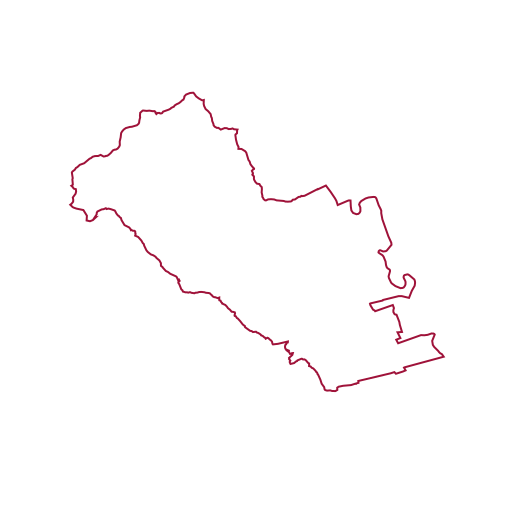 outline of Saulesti, Gorj, Romania, rotated 329°
{"feature_id": "2599482B57041086191744", "entity_name": "Saulesti", "entity_type": "district", "adm_level": 2, "iso_a3": "ROU", "parent_name": "Romania", "parent_adm1": "Gorj", "projection": "mercator", "projection_center": [23.467, 44.815], "detail": "fine", "context": "isolated", "style": "outline", "palette": "rose", "viewbox_px": 512, "rotation_deg": 329, "n_neighbors": 0, "source": "geoboundaries", "source_scale": "gbopen_adm2", "svg_char_len": 6086}
<svg xmlns="http://www.w3.org/2000/svg" viewBox="0 0 512 512"><g transform="rotate(329 256 256)"><path d="M363.4,432.6L363.3,431.3L361.9,425.7L361.8,423.3L363.3,419.5L368.7,415.4L368.7,414.7L368.1,413.8L366.5,412.8L362.6,412.0L361.2,411.4L359.4,410.6L356.7,408.8L332.9,404.0L333.1,400.0L337.5,400.7L338.0,394.3L342.0,396.3L343.8,389.2L344.9,386.3L346.2,378.7L345.1,377.7L344.8,377.0L344.9,374.8L345.9,373.1L347.4,371.7L348.0,368.5L329.7,364.7L329.6,363.7L328.7,362.3L328.7,357.2L329.1,355.6L329.5,355.5L341.6,359.4L342.2,359.1L357.7,363.9L360.2,365.4L365.6,370.7L371.6,366.1L376.7,363.2L378.5,361.0L379.1,359.8L379.5,358.5L379.6,357.6L377.7,351.9L377.1,350.5L376.3,349.7L373.6,348.9L372.7,349.0L371.6,350.1L371.3,351.1L371.1,354.1L370.8,355.3L369.6,357.2L368.6,358.1L366.5,359.0L365.3,358.9L363.3,358.0L360.0,353.6L358.3,349.5L358.1,348.4L358.6,343.3L359.2,341.7L362.9,338.2L363.5,337.2L363.5,336.4L362.4,334.2L362.3,332.7L362.8,330.7L364.2,327.5L365.0,322.2L364.8,320.5L363.1,317.0L362.8,316.1L363.0,315.8L363.8,315.0L364.9,314.8L365.5,315.1L367.3,317.6L369.7,318.7L370.9,318.7L377.9,316.2L378.8,314.3L379.6,307.3L383.2,289.7L385.4,283.8L386.7,281.7L387.0,280.0L387.3,275.7L388.8,268.6L388.7,267.5L388.3,266.7L387.0,265.8L382.6,263.8L379.5,263.1L374.6,263.1L372.4,263.8L370.9,265.0L370.4,268.2L368.6,271.3L367.8,271.9L366.7,272.4L365.4,272.6L363.6,271.9L361.4,269.1L361.2,266.1L362.8,262.3L365.6,257.1L364.3,256.2L363.0,255.9L352.3,254.4L353.3,250.1L353.4,247.2L353.0,239.4L352.2,231.6L343.3,230.7L343.3,230.4L328.7,229.4L326.7,228.6L325.8,227.8L324.7,228.1L322.9,227.3L318.5,227.6L316.5,226.7L314.7,227.3L314.0,227.2L311.4,225.9L309.4,224.6L308.1,223.1L302.3,218.9L300.7,216.9L298.1,215.0L295.5,213.7L293.2,213.5L292.5,213.0L291.8,211.1L292.0,209.8L291.9,208.5L292.5,207.7L293.6,204.4L295.5,201.7L296.4,199.9L295.9,197.9L296.0,196.1L294.1,194.5L293.6,192.3L293.7,189.5L294.1,188.5L295.1,187.0L295.2,186.2L294.7,185.0L294.9,184.2L295.6,184.1L296.1,183.3L296.3,180.9L298.2,180.3L299.1,180.4L299.4,180.0L298.8,177.4L298.5,174.5L299.2,171.7L299.0,169.8L300.9,162.4L300.7,160.6L298.7,156.8L296.1,155.1L297.2,153.5L297.4,150.7L298.0,148.6L298.8,145.9L300.6,141.7L301.0,141.3L302.9,141.0L304.6,138.5L305.2,138.1L302.4,136.0L301.6,134.6L300.0,134.2L297.9,133.1L296.8,131.4L295.0,130.2L290.9,129.5L289.8,126.8L288.5,126.1L287.2,123.9L287.0,122.1L287.5,120.9L288.0,117.7L289.2,115.0L289.3,113.6L290.2,111.0L289.6,107.3L288.5,104.1L288.8,100.7L289.5,98.6L291.6,95.4L290.5,95.1L289.9,94.6L288.1,91.4L286.9,88.4L286.6,84.5L286.3,83.7L283.4,82.3L279.2,81.6L276.8,82.3L276.1,83.3L274.3,84.6L273.2,84.5L270.5,85.1L268.4,85.3L266.1,85.0L263.7,85.1L262.6,85.7L259.7,85.4L258.6,85.7L256.6,85.6L250.7,84.4L249.3,85.1L248.6,85.1L247.3,84.5L247.0,83.7L245.3,82.7L243.7,83.0L243.6,81.4L244.0,81.2L244.0,80.7L243.7,79.6L242.1,78.7L239.5,76.5L237.0,75.3L234.1,73.1L233.6,73.0L230.5,73.6L228.7,76.1L228.1,77.5L225.9,79.7L224.4,81.6L223.4,82.2L221.3,82.6L216.2,81.3L214.3,80.4L210.3,79.3L207.7,79.5L205.3,80.3L203.7,81.2L201.1,84.6L198.1,87.7L196.4,90.8L195.1,91.8L192.6,92.7L190.7,92.6L189.5,92.0L187.7,91.8L184.6,92.9L181.4,93.5L179.7,93.4L179.0,92.9L177.9,92.8L176.6,92.2L174.9,89.3L172.3,89.0L169.4,87.4L167.1,86.8L165.0,87.1L163.4,86.9L156.5,88.0L151.9,87.1L148.7,87.8L146.9,87.8L145.2,88.7L142.0,89.1L141.1,89.7L139.0,94.9L138.1,95.7L135.8,100.4L135.3,100.7L133.9,100.7L134.5,102.9L134.4,103.7L134.7,104.7L136.0,105.9L135.0,108.1L133.4,109.7L129.1,111.5L128.3,113.7L127.2,115.3L124.9,116.2L123.2,116.4L124.0,119.6L124.6,120.6L126.5,122.9L131.7,127.7L131.8,134.4L129.1,138.3L131.6,140.7L134.7,141.2L138.4,140.4L137.2,140.0L140.8,138.3L141.7,137.0L143.0,136.2L147.7,136.6L149.6,137.4L151.9,137.7L152.1,138.8L154.0,139.4L155.7,141.1L158.3,144.2L158.4,145.2L158.2,147.6L158.5,150.2L159.0,150.9L159.2,152.6L159.8,153.8L159.2,156.0L159.2,161.8L162.0,166.2L162.3,168.2L162.1,169.5L162.7,169.6L163.4,170.9L164.8,171.8L165.1,172.6L164.9,173.3L164.3,174.1L164.2,175.1L162.9,176.3L164.8,179.0L165.7,183.7L165.6,186.7L166.0,188.0L165.5,189.4L165.0,194.7L165.3,196.8L166.7,200.5L168.4,202.6L169.5,204.9L169.7,206.5L170.9,210.0L170.8,213.2L169.8,214.8L169.5,215.6L170.2,217.3L170.1,217.8L171.0,222.4L172.4,224.5L173.3,227.0L176.9,232.2L177.2,233.2L176.8,236.4L177.8,236.4L177.7,238.0L176.0,238.4L175.6,239.0L175.7,240.7L174.8,246.1L175.3,247.6L175.0,248.8L176.8,250.8L178.4,251.8L179.0,252.5L180.8,253.0L181.7,254.3L184.0,256.2L185.2,256.3L186.9,257.2L188.7,257.6L190.6,258.6L193.1,260.5L194.1,261.7L196.3,263.3L197.2,264.2L197.6,266.0L197.9,266.6L198.1,268.3L199.0,269.8L199.7,270.2L201.5,272.4L203.1,272.7L201.8,274.8L201.8,275.2L202.6,276.0L202.4,277.7L202.8,278.8L202.5,279.3L204.5,282.2L205.0,284.5L205.1,286.3L206.0,288.6L206.4,291.2L207.6,292.1L208.8,293.4L208.5,294.4L207.1,295.7L206.9,296.4L207.6,297.1L207.7,299.4L208.2,300.2L208.9,303.7L209.4,307.9L210.4,310.4L210.0,311.0L210.0,311.5L212.4,317.1L213.6,318.1L214.2,319.6L217.0,320.9L217.4,322.2L218.2,323.0L219.0,324.5L219.6,325.9L219.5,326.6L220.6,328.0L221.2,330.0L221.7,330.7L221.7,331.9L223.6,331.9L224.3,332.8L224.9,335.0L225.4,336.1L225.6,337.7L224.9,339.7L225.0,340.5L229.6,342.6L239.3,345.7L238.7,346.5L237.1,346.3L236.4,347.2L235.2,347.4L234.0,348.9L233.5,350.4L233.5,351.0L234.0,352.1L235.4,354.0L234.8,354.5L234.3,354.2L234.9,355.7L234.7,357.4L236.1,358.2L236.8,357.8L237.6,358.2L236.2,359.5L231.8,360.4L231.6,361.4L231.3,361.5L231.5,363.4L230.7,363.7L230.1,364.7L230.0,366.3L233.5,367.4L236.0,367.0L237.1,367.2L237.7,366.8L242.1,367.5L242.6,367.9L243.0,368.9L244.3,369.6L245.0,370.9L245.6,374.5L246.2,375.5L244.8,377.7L245.9,378.8L246.2,380.5L247.2,381.9L247.9,385.1L247.9,386.5L248.2,386.9L248.2,388.3L247.9,389.0L248.1,389.9L247.5,395.1L246.5,399.3L246.9,403.5L246.1,405.7L246.3,406.6L247.6,408.0L250.4,409.4L251.6,410.8L254.5,412.7L256.7,412.7L257.8,410.7L259.5,410.6L263.8,412.1L271.0,415.6L275.4,416.6L275.8,417.1L276.4,416.9L278.5,417.5L279.3,415.8L311.0,425.9L314.8,426.8L315.3,429.0L322.4,430.7L325.3,431.1L325.4,427.9L326.2,428.0L365.0,439.0L364.8,435.9L363.8,434.2L363.4,432.6Z" fill="none" stroke="#9f1239" stroke-width="2"/></g></svg>